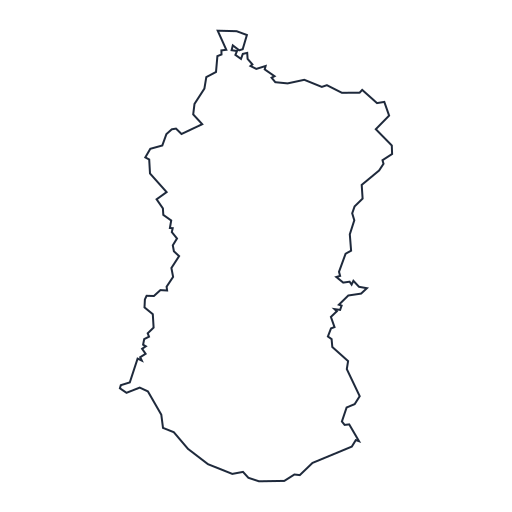 the district of Ngada, Nusa Tenggara Timur, Indonesia
{"feature_id": "22746128B33181363193361", "entity_name": "Ngada", "entity_type": "district", "adm_level": 2, "iso_a3": "IDN", "parent_name": "Indonesia", "parent_adm1": "Nusa Tenggara Timur", "projection": "albers", "projection_center": [120.974, -8.65], "detail": "medium", "context": "isolated", "style": "outline", "palette": "slate", "viewbox_px": 512, "rotation_deg": 0, "n_neighbors": 0, "source": "geoboundaries", "source_scale": "gbopen_adm2", "svg_char_len": 1892}
<svg xmlns="http://www.w3.org/2000/svg" viewBox="0 0 512 512"><path d="M126.5,392.8L139.7,387.6L147.9,391.4L161.3,414.7L163.0,427.9L173.8,432.2L188.0,448.9L208.0,464.2L232.3,473.9L243.0,471.9L248.4,477.8L259.0,481.3L284.3,480.9L294.4,474.5L299.8,475.1L312.5,462.9L351.8,446.6L355.8,440.1L359.0,441.2L349.2,424.4L344.6,424.9L341.9,421.5L346.6,407.5L354.7,404.1L359.7,396.2L346.8,369.1L348.1,361.1L332.3,347.0L331.6,339.1L327.9,336.5L331.0,328.4L334.5,327.1L330.9,316.9L336.8,311.3L334.5,309.1L340.1,309.9L341.6,305.6L338.9,304.7L348.3,295.5L361.1,293.6L366.9,288.2L359.0,286.8L353.4,280.8L351.6,284.6L349.6,281.7L343.2,282.6L336.3,277.0L340.1,275.9L339.0,271.8L345.6,253.7L351.1,250.7L349.8,234.3L354.3,220.3L352.2,213.3L354.6,206.4L362.6,198.6L361.7,184.9L379.1,170.5L383.5,163.8L382.5,160.2L392.1,154.0L391.8,145.5L375.8,129.2L389.1,115.6L384.3,101.9L377.0,103.1L362.2,89.9L359.6,92.7L341.9,92.8L326.9,85.2L321.8,86.9L304.3,79.8L287.6,83.4L275.3,82.2L271.6,77.7L274.5,76.2L264.7,69.4L265.6,66.0L256.3,68.9L250.5,66.0L252.4,64.4L247.6,58.9L247.2,52.9L242.8,53.9L241.0,58.9L235.4,54.9L237.0,51.0L231.6,50.2L232.8,45.4L239.2,50.3L242.7,49.2L246.9,35.0L236.6,31.2L217.7,30.7L226.3,49.8L221.4,50.4L221.5,54.5L217.4,56.1L216.0,72.0L206.3,77.1L204.4,88.6L194.5,103.9L193.2,114.4L202.2,124.2L181.5,134.0L176.0,128.6L171.8,129.3L166.4,134.1L162.3,145.5L150.3,148.8L145.3,157.4L149.2,159.5L150.0,173.5L166.6,192.1L156.6,199.3L162.9,208.4L163.3,214.9L171.2,220.5L169.9,228.0L172.7,228.2L171.8,232.1L177.0,238.5L172.8,245.3L173.9,251.3L179.1,256.1L171.4,268.0L173.1,276.9L166.6,286.7L167.1,290.5L160.4,290.1L153.9,296.0L146.6,295.8L144.9,299.4L144.5,307.4L152.8,314.2L153.6,327.6L147.7,333.3L149.0,336.7L144.2,339.1L143.1,344.7L145.8,346.3L142.1,348.8L145.6,353.8L140.2,357.2L141.8,360.6L137.6,358.6L129.8,382.4L120.8,385.2L119.9,388.3L126.5,392.8Z" fill="none" stroke="#1e293b" stroke-width="2"/></svg>